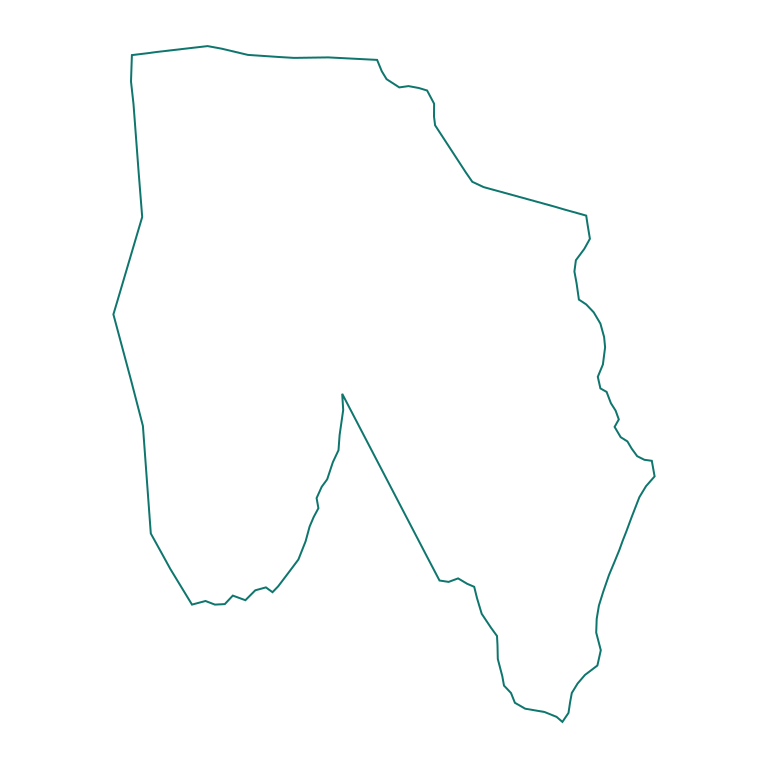 the district of Sirinhaém, Pernambuco, Brazil
{"feature_id": "56859067B34906983561862", "entity_name": "Sirinhaém", "entity_type": "district", "adm_level": 2, "iso_a3": "BRA", "parent_name": "Brazil", "parent_adm1": "Pernambuco", "projection": "equal_earth", "projection_center": [-35.141, -8.583], "detail": "fine", "context": "isolated", "style": "outline", "palette": "teal", "viewbox_px": 768, "rotation_deg": 0, "n_neighbors": 0, "source": "geoboundaries", "source_scale": "gbopen_adm2", "svg_char_len": 1645}
<svg xmlns="http://www.w3.org/2000/svg" viewBox="0 0 768 768"><path d="M131.0,81.5L133.5,104.1L138.6,171.8L142.2,217.0L117.8,299.6L113.4,314.4L131.3,381.2L142.9,425.9L150.8,533.5L162.4,554.5L170.4,569.1L192.0,604.6L205.5,601.0L214.9,604.6L224.8,604.1L232.8,595.6L245.4,600.2L255.3,590.3L265.9,587.4L272.5,592.2L278.2,586.3L288.5,572.7L298.4,559.5L305.6,541.3L309.6,526.6L313.6,517.2L318.4,508.2L316.6,498.1L321.7,486.8L327.2,479.3L332.9,462.1L338.5,450.2L339.6,435.1L343.2,410.0L342.2,393.8L427.4,557.4L439.5,580.5L448.6,581.9L458.1,578.4L467.2,583.8L474.2,586.8L477.0,598.1L481.7,613.8L490.9,627.6L497.0,636.0L497.5,645.2L497.8,659.0L502.3,676.2L504.0,685.6L511.0,693.0L514.9,702.8L525.2,708.7L544.5,712.0L556.6,716.9L562.4,721.9L568.5,712.9L570.1,702.2L571.8,693.0L577.6,683.5L585.0,674.9L597.4,665.5L600.8,650.2L596.2,632.6L596.7,618.8L598.9,605.6L603.2,591.8L609.0,575.0L613.9,563.3L619.3,550.1L622.7,540.7L626.5,531.0L631.6,517.2L639.4,497.1L646.0,486.2L654.6,476.4L651.8,460.8L644.4,459.8L637.2,456.2L631.6,448.5L627.4,441.4L620.7,437.2L614.6,426.9L618.8,419.4L615.6,410.6L610.9,403.2L606.6,391.9L600.4,388.4L597.8,376.8L602.9,364.5L605.1,347.3L604.1,337.0L600.4,323.6L593.7,312.3L586.2,304.4L578.9,299.6L576.6,283.4L574.4,271.5L575.9,260.2L584.3,248.9L589.9,238.8L587.6,224.8L586.2,215.6L565.0,209.7L555.2,206.8L492.7,189.6L483.6,187.1L472.3,181.8L465.8,172.4L435.1,125.3L434.0,116.5L434.1,103.7L427.1,90.5L418.8,88.0L408.5,86.1L399.3,87.4L386.6,79.2L381.8,71.3L377.1,59.9L328.2,57.4L294.0,57.9L279.0,57.0L247.9,54.9L221.3,48.6L207.6,46.1L156.4,52.0L147.7,53.2L131.9,55.1L131.0,81.5Z" fill="none" stroke="#0f766e" stroke-width="2"/></svg>